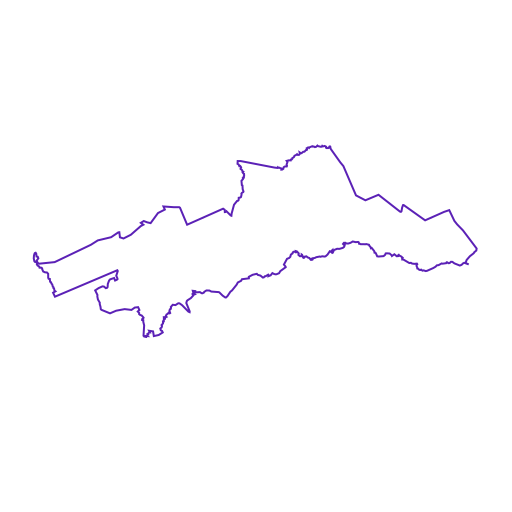 the district of Muhoroni, Nyanza, Kenya, rotated 336°
{"feature_id": "3690345B3784519095047", "entity_name": "Muhoroni", "entity_type": "district", "adm_level": 2, "iso_a3": "KEN", "parent_name": "Kenya", "parent_adm1": "Nyanza", "projection": "orthographic", "projection_center": [35.071, -0.126], "detail": "fine", "context": "isolated", "style": "outline", "palette": "violet", "viewbox_px": 512, "rotation_deg": 336, "n_neighbors": 0, "source": "geoboundaries", "source_scale": "gbopen_adm2", "svg_char_len": 6110}
<svg xmlns="http://www.w3.org/2000/svg" viewBox="0 0 512 512"><g transform="rotate(336 256 256)"><path d="M446.9,350.2L444.6,347.6L446.8,345.3L451.3,343.2L456.1,342.0L456.8,341.4L459.5,340.6L460.6,338.9L455.5,316.8L452.6,308.9L451.5,304.6L451.2,292.7L445.8,292.2L425.0,292.2L411.6,269.5L411.0,269.3L409.2,271.2L407.1,274.3L406.3,274.6L405.6,274.0L392.8,249.9L378.6,249.6L372.0,241.3L372.4,209.4L371.1,204.8L367.9,189.0L367.8,187.3L368.3,186.8L368.1,185.9L367.5,185.9L366.5,186.8L365.9,186.8L364.3,186.1L364.0,185.5L364.5,184.7L363.5,183.4L361.7,183.1L361.3,182.3L360.6,182.8L359.8,182.7L357.3,180.8L357.0,180.1L355.5,180.7L354.1,180.5L353.3,179.4L352.5,179.3L352.1,178.6L349.0,178.5L348.4,178.9L347.8,178.0L346.1,178.2L345.9,179.6L345.4,179.8L344.8,179.5L342.7,180.4L341.5,180.0L339.4,180.6L338.8,180.4L338.0,179.1L337.7,180.5L336.3,181.1L335.1,180.5L334.9,179.7L333.9,180.0L331.9,180.1L330.8,181.1L328.9,181.4L328.6,182.0L328.0,182.3L327.1,182.1L326.6,182.8L324.8,181.9L322.7,181.6L323.0,182.9L321.2,184.8L321.0,186.2L320.5,186.7L319.0,186.0L318.1,186.0L317.2,186.3L316.4,187.5L315.0,187.7L314.5,187.5L315.1,186.9L314.8,186.3L314.2,186.1L313.4,184.9L312.2,184.5L312.0,183.8L311.3,184.2L308.8,182.7L280.7,163.1L277.9,161.8L276.6,164.3L277.4,165.5L277.3,167.1L278.1,167.2L278.4,168.1L278.4,169.1L277.6,169.5L277.3,170.3L278.1,171.4L278.2,173.1L278.6,173.8L277.8,174.0L277.9,174.7L278.0,175.4L278.5,176.1L277.8,177.9L277.1,178.2L277.1,179.0L276.6,179.6L275.7,179.4L275.3,180.5L273.3,181.4L271.9,185.5L272.3,186.1L271.0,189.6L270.8,192.0L270.4,192.4L268.8,192.6L268.0,193.1L267.8,194.0L266.3,196.0L265.6,196.2L263.9,195.8L262.9,197.8L262.0,198.2L261.1,198.0L256.8,200.2L251.0,207.3L249.9,209.2L249.4,208.7L247.2,203.0L246.0,203.4L245.4,203.2L246.2,201.0L245.2,199.4L205.8,199.4L206.2,181.0L205.7,180.2L200.6,177.9L191.6,173.1L191.6,176.5L183.9,176.9L173.1,183.1L170.3,181.0L167.7,178.4L164.3,178.9L165.8,181.6L162.9,181.8L150.3,185.7L142.1,186.1L139.3,183.6L140.8,178.7L139.8,178.4L131.3,179.9L117.8,177.4L109.7,178.6L69.6,179.7L54.7,174.8L53.9,173.6L53.6,171.1L56.2,169.6L56.3,167.9L55.3,167.2L56.2,164.4L56.0,163.4L55.1,163.4L54.6,163.8L53.4,165.2L52.0,167.8L51.4,170.6L51.6,171.4L52.7,172.3L52.9,172.9L52.9,174.3L52.4,174.6L52.6,175.9L53.7,177.5L53.5,178.6L55.3,179.5L55.6,180.4L55.3,181.1L55.3,183.6L56.6,185.1L58.3,186.0L58.9,187.7L57.3,191.4L57.3,192.5L58.3,193.1L57.5,195.5L57.6,196.3L58.1,196.7L57.9,198.0L58.3,199.1L57.9,201.3L58.3,202.2L57.9,203.0L58.3,203.6L57.8,205.6L58.4,206.7L55.7,207.0L55.8,211.4L123.5,212.6L123.6,213.5L120.3,217.2L120.3,220.1L120.1,220.8L119.2,221.1L117.3,221.1L117.4,218.4L113.2,218.0L111.9,218.6L109.3,221.2L107.8,224.0L106.9,224.5L105.7,224.3L104.7,222.1L103.4,221.3L99.2,221.3L95.1,222.0L95.3,227.1L94.6,228.4L93.9,231.5L94.3,235.1L93.7,236.3L93.3,239.1L92.6,241.4L92.9,242.3L99.3,249.0L106.0,249.1L114.4,251.1L120.3,254.6L124.3,253.8L127.5,254.8L127.5,257.9L125.4,258.6L126.1,260.4L125.6,261.6L126.1,262.6L127.4,263.9L128.2,266.6L127.7,267.1L126.4,267.3L125.9,268.1L126.9,268.9L126.3,270.1L125.6,273.9L120.8,283.1L121.1,284.0L122.0,284.0L122.0,284.8L122.8,285.3L123.4,284.6L124.2,285.0L123.9,284.4L124.8,284.1L125.0,283.3L125.7,283.6L125.8,283.0L127.3,282.4L128.0,282.7L127.9,280.8L131.3,283.0L130.1,287.6L135.0,288.6L139.7,287.9L139.7,286.3L138.8,285.2L139.1,283.3L140.7,282.9L141.7,281.7L141.6,280.7L143.6,279.8L144.4,277.9L145.2,278.2L146.1,276.2L147.3,276.4L147.7,275.8L146.7,275.0L146.9,274.4L148.7,275.2L149.5,275.2L149.2,274.1L150.6,273.0L151.6,273.0L153.0,272.3L153.8,273.3L154.4,273.2L154.6,270.9L155.6,269.7L156.4,269.8L157.3,268.8L157.5,267.9L160.1,266.7L162.5,268.1L165.4,267.6L166.4,267.8L167.1,268.5L168.5,270.9L171.6,279.3L172.5,280.3L172.9,279.6L173.2,270.6L174.5,269.0L175.4,268.6L179.3,268.0L182.3,266.7L182.5,266.1L184.6,266.1L184.3,265.6L183.0,265.4L182.6,264.8L183.3,264.4L184.2,264.7L184.9,264.5L184.0,262.8L184.1,262.1L186.3,263.4L186.0,264.2L186.4,264.8L190.1,266.2L191.2,267.9L192.0,268.3L193.6,268.2L194.1,267.7L196.7,267.3L199.4,268.6L200.7,270.3L207.2,273.8L207.7,274.3L209.4,278.6L211.0,281.3L211.6,281.7L213.5,281.1L218.1,278.2L220.1,277.7L226.7,274.3L228.6,272.8L232.3,272.6L233.7,271.5L240.4,273.5L241.0,272.1L245.3,271.8L249.5,272.6L249.9,273.9L252.1,275.7L253.5,278.5L254.4,278.7L255.8,278.1L256.4,278.4L259.6,278.0L259.8,278.8L259.3,279.5L261.5,279.6L264.0,278.3L265.2,279.8L266.4,280.7L267.2,281.0L270.1,281.1L272.0,279.7L278.6,278.3L278.7,277.7L278.0,275.2L283.2,271.2L285.4,271.3L287.0,270.7L288.4,268.9L290.5,268.5L290.9,267.8L291.9,267.4L293.0,267.7L293.9,268.9L294.5,269.0L294.6,267.9L295.2,268.4L296.1,271.0L295.2,272.2L296.0,274.0L297.6,274.7L298.3,273.2L298.6,273.7L298.4,276.6L298.9,277.2L299.5,277.0L299.4,276.2L301.9,276.8L302.7,278.4L303.9,279.5L304.5,281.8L305.1,282.1L306.1,282.3L306.9,281.7L306.2,281.1L306.9,281.1L308.8,281.7L310.6,281.6L314.0,282.4L314.5,282.9L316.4,283.2L318.4,284.4L319.4,284.6L321.9,283.8L325.3,281.7L325.8,282.4L327.7,281.8L326.6,283.3L326.9,284.2L327.5,284.2L329.6,282.3L333.1,282.4L335.0,283.4L338.6,283.9L340.2,283.5L341.2,282.5L341.6,281.9L340.7,281.3L340.4,280.4L341.7,279.7L343.1,280.3L343.3,281.1L345.2,282.1L347.7,282.4L350.3,282.1L352.7,283.9L355.0,284.7L355.4,285.3L355.2,286.8L355.9,287.1L356.3,287.7L360.8,289.8L361.5,289.9L363.8,291.7L363.7,292.6L364.3,294.4L364.1,295.7L365.0,295.8L365.9,299.2L366.0,300.5L365.6,301.1L366.6,302.1L366.6,305.6L367.9,306.4L372.5,308.0L374.5,307.4L375.5,306.4L376.7,306.8L379.1,308.1L380.2,310.5L380.2,311.3L383.1,310.7L384.5,313.5L385.8,313.9L386.1,313.2L386.9,313.0L387.1,313.9L388.4,315.4L389.2,317.1L388.6,317.3L388.2,318.7L389.0,318.9L393.2,324.8L394.7,325.2L395.5,326.4L397.5,327.6L399.9,328.4L400.0,329.1L398.9,329.7L398.6,330.6L398.6,332.4L398.3,333.0L398.8,333.4L399.6,335.1L400.6,335.7L401.3,335.6L402.1,337.1L403.3,337.3L404.9,338.8L406.2,339.1L413.0,339.1L415.7,338.8L417.4,338.1L419.1,338.6L422.6,338.3L423.3,338.9L426.8,339.9L427.6,339.3L428.2,339.6L428.8,340.8L430.0,341.2L431.7,340.6L433.0,341.2L434.2,343.4L438.3,347.6L439.8,347.7L440.9,347.5L441.9,347.0L443.5,346.9L446.9,350.2Z" fill="none" stroke="#5b21b6" stroke-width="2"/></g></svg>